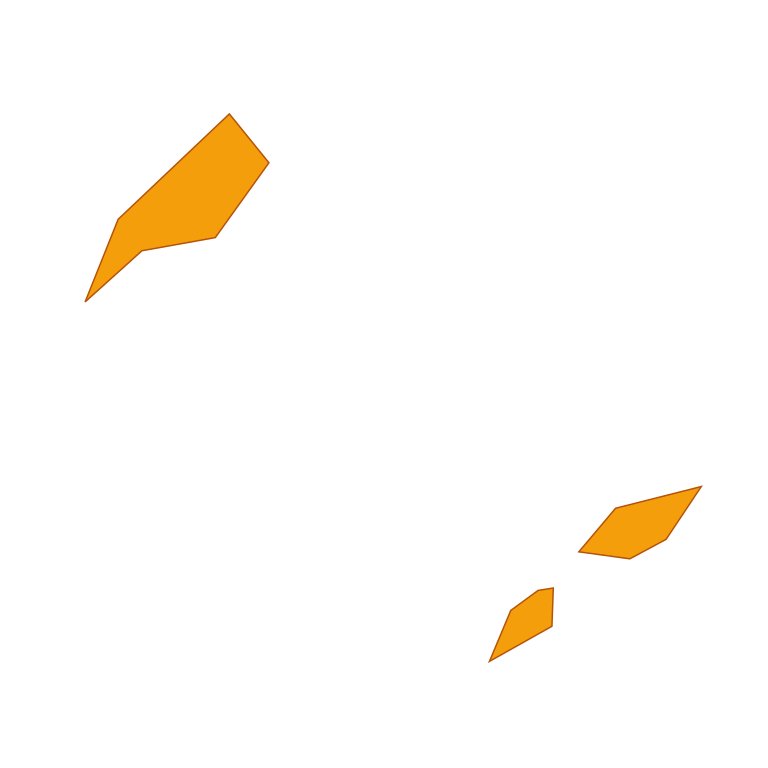 outline of United States Virgin Islands, rotated 138°
{"feature_id": "VIR", "entity_name": "United States Virgin Islands", "entity_type": "country or territory", "adm_level": 0, "iso_a3": "VIR", "parent_name": "North America", "parent_adm1": "", "projection": "natural_earth1", "projection_center": [-64.793, 18.043], "detail": "fine", "context": "isolated", "style": "filled", "palette": "amber", "viewbox_px": 768, "rotation_deg": 138, "n_neighbors": 0, "source": "natural_earth", "source_scale": "50m", "svg_char_len": 397}
<svg xmlns="http://www.w3.org/2000/svg" viewBox="0 0 768 768"><g transform="rotate(138 384 384)"><path d="M411.4,605.7L474.7,645.0L551.2,645.0L471.3,684.3L318.2,688.2L321.5,625.4L411.4,605.7ZM351.5,128.9L295.0,136.7L216.8,95.5L278.3,79.8L318.3,89.6L351.5,128.9ZM491.2,107.3L441.3,130.9L407.6,127.5L394.7,119.1L421.3,91.6L491.2,107.3Z" fill="#f59e0b" stroke="#b45309" stroke-width="1.5"/></g></svg>